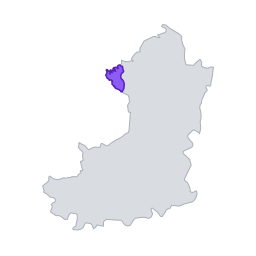 location of Forécariah within Guinea, rotated 95°
{"feature_id": "GIN-5637", "entity_name": "Forécariah", "entity_type": "Prefecture", "adm_level": 1, "iso_a3": "GIN", "parent_name": "Guinea", "parent_adm1": "", "projection": "mercator", "projection_center": [-13.121, 9.37], "detail": "fine", "context": "in_parent", "style": "filled", "palette": "violet", "viewbox_px": 256, "rotation_deg": 95, "n_neighbors": 0, "source": "natural_earth", "source_scale": "10m", "svg_char_len": 5287}
<svg xmlns="http://www.w3.org/2000/svg" viewBox="0 0 256 256"><g transform="rotate(95 128 128)"><path d="M159.2,170.9L157.0,170.6L156.0,171.0L153.0,174.5L151.3,175.8L148.5,175.4L147.6,175.7L146.8,175.3L147.8,173.4L149.2,169.6L152.8,165.8L152.9,165.0L151.4,162.8L149.9,159.8L149.9,156.5L149.6,154.2L146.4,153.5L145.8,153.1L145.7,152.3L147.5,148.3L147.7,147.5L147.5,146.7L145.5,144.7L142.4,140.8L137.2,133.0L135.2,131.3L133.3,128.9L132.6,127.4L130.7,126.8L112.3,126.9L112.0,129.0L105.7,130.4L101.8,128.8L97.4,129.7L95.3,130.8L93.7,135.3L92.8,136.3L91.8,138.4L91.0,139.5L90.0,141.8L88.0,145.0L85.8,147.1L82.2,148.2L81.0,151.6L80.2,152.9L78.7,153.9L77.2,154.5L74.2,153.9L72.5,154.5L72.3,153.6L73.2,150.9L72.4,149.5L69.6,146.7L69.3,145.4L68.4,143.7L64.6,140.1L61.1,140.3L62.0,137.3L62.0,133.3L60.8,131.1L61.1,128.8L60.4,129.0L59.3,130.5L57.4,130.0L53.5,127.6L51.5,125.3L51.3,123.4L50.9,122.6L49.7,123.0L47.3,123.0L39.9,119.5L34.6,110.6L34.5,108.6L35.3,105.2L35.1,104.3L32.7,106.6L32.2,105.0L30.4,101.5L29.8,99.4L28.1,98.5L26.6,98.4L25.6,99.1L24.1,103.2L23.0,103.2L21.9,102.3L22.1,99.2L25.0,95.3L29.7,85.5L31.4,83.3L32.5,82.5L34.8,82.4L39.1,81.1L44.5,78.1L48.7,78.3L53.5,77.9L59.9,75.8L59.9,69.2L59.7,67.8L57.5,66.5L56.2,65.3L55.0,63.9L53.6,62.8L53.7,61.7L56.5,60.3L59.1,60.3L59.9,59.8L60.6,58.9L61.3,56.5L61.6,54.0L59.9,50.6L60.0,48.2L69.3,48.5L74.4,49.2L78.6,49.4L79.2,49.9L78.7,52.3L79.2,53.6L80.6,54.0L83.0,52.4L84.2,52.7L86.8,54.8L89.2,55.3L91.9,56.4L94.4,57.0L96.6,56.9L98.3,58.0L101.4,58.4L105.4,57.0L108.5,56.3L113.0,56.2L115.3,56.7L122.0,55.5L127.3,56.2L126.5,56.9L124.1,62.2L124.4,63.1L129.8,67.6L131.0,67.9L132.5,67.3L134.8,65.3L136.6,63.0L138.4,62.0L140.5,62.0L142.1,63.6L145.9,70.2L146.9,71.0L147.8,71.0L149.5,69.8L150.4,68.3L153.9,64.0L159.4,61.8L172.5,66.8L174.4,67.2L175.5,66.8L177.2,63.9L182.1,61.3L184.5,60.6L185.8,60.5L186.3,59.7L186.6,58.5L186.3,57.3L184.8,55.0L184.7,54.4L185.6,53.9L187.5,53.6L189.9,53.8L192.7,54.8L194.9,56.2L196.2,57.9L198.6,64.9L201.4,70.3L201.2,77.7L202.5,78.4L203.8,78.7L204.4,79.3L205.8,82.3L207.0,83.2L208.5,83.4L211.4,85.3L213.2,86.1L213.4,86.7L213.4,87.5L212.7,88.5L209.9,90.5L208.6,92.3L205.8,96.4L205.7,97.2L206.3,97.7L207.5,97.8L208.7,97.5L211.2,96.0L213.3,96.6L215.2,97.7L215.9,98.9L216.1,100.5L215.6,102.5L215.6,104.8L216.2,108.7L217.2,112.5L218.2,113.9L224.7,117.3L225.3,118.6L225.6,120.0L225.2,122.0L224.5,123.1L221.0,126.1L220.4,127.5L220.7,130.2L221.0,141.5L222.4,143.4L224.0,144.3L227.9,143.8L227.8,146.9L227.3,150.4L229.5,151.5L230.7,152.6L231.3,153.6L227.7,155.4L226.7,156.5L226.2,159.4L226.3,162.1L231.1,164.1L233.0,166.3L233.8,168.7L234.1,173.1L233.7,174.1L232.4,174.1L230.0,171.4L226.3,171.1L223.5,170.6L218.9,171.0L218.1,171.8L217.5,177.6L218.7,178.6L220.9,179.7L222.3,180.2L223.5,180.1L224.4,180.8L224.6,182.7L224.0,184.2L222.8,185.5L221.3,188.9L221.6,192.0L219.0,196.9L218.2,197.9L214.8,196.9L212.5,196.6L210.9,197.9L208.7,195.9L208.2,194.4L207.4,194.1L205.9,194.1L204.5,194.9L203.9,196.5L203.6,199.7L201.1,202.7L199.3,206.4L197.2,206.1L196.8,206.5L194.6,207.5L192.7,207.8L192.2,206.8L191.1,206.0L189.9,204.4L188.5,203.1L185.9,202.2L184.8,202.6L183.6,202.5L182.8,202.0L182.9,201.2L184.3,199.3L185.1,197.5L185.5,195.5L185.5,193.6L184.8,191.0L183.6,188.9L183.3,187.7L183.4,186.0L183.1,184.3L182.7,183.5L182.2,180.5L181.5,179.9L181.1,177.5L181.2,175.0L180.2,174.0L178.6,173.3L177.6,172.3L177.0,171.2L176.4,170.9L175.9,171.0L175.5,171.7L174.9,171.8L174.0,169.5L173.6,169.4L173.0,169.9L165.5,172.5L164.5,170.3L163.1,169.9L160.6,170.8L159.2,170.9Z" fill="#d9dde1" stroke="#a8b0b8" stroke-width="1"/><path d="M92.4,136.9L92.4,138.1L92.3,138.4L92.1,138.4L91.8,138.4L91.5,138.5L91.4,138.7L91.1,139.7L91.0,139.8L90.9,139.9L90.7,140.0L90.5,140.3L90.5,140.5L89.6,143.7L89.4,143.8L89.2,144.0L89.1,144.3L88.9,144.5L88.8,144.4L88.7,144.3L88.0,144.6L87.9,144.7L87.6,145.1L87.7,145.3L87.8,145.6L87.8,145.8L87.4,145.9L86.9,146.1L86.2,147.3L85.7,147.7L85.1,147.8L84.5,147.8L84.0,147.8L83.3,148.1L82.8,147.5L82.2,148.0L81.7,148.9L81.6,149.7L81.7,150.0L82.1,150.5L82.0,150.8L81.6,150.8L81.4,150.9L81.1,151.3L80.9,151.7L80.5,152.6L80.1,153.1L79.6,153.4L78.5,154.0L77.6,154.6L77.2,154.7L76.5,154.5L75.4,153.8L75.0,153.7L74.2,153.8L73.0,154.2L72.3,154.7L72.0,154.5L71.7,154.3L71.6,153.9L71.7,153.5L71.8,153.5L72.2,153.5L72.3,153.4L72.3,153.2L73.1,152.3L73.6,151.4L74.0,151.0L74.5,150.7L75.0,150.7L75.9,150.9L76.4,150.7L74.7,150.6L73.8,150.5L73.5,150.2L73.8,149.8L73.9,149.7L73.9,149.3L74.1,148.7L74.3,148.1L73.6,148.8L73.3,149.5L73.2,150.3L72.9,151.1L72.2,150.8L71.9,150.6L71.7,150.3L71.9,150.1L72.0,149.9L71.9,149.1L72.0,149.0L72.1,148.8L72.1,148.6L71.8,148.4L71.7,148.3L71.6,147.7L71.6,146.8L71.8,146.3L72.3,146.7L72.2,146.1L72.2,145.8L72.3,145.5L72.1,145.5L71.9,145.7L71.7,145.8L71.4,145.9L71.0,145.9L70.8,146.0L70.7,146.3L70.4,147.7L70.2,148.0L69.5,147.6L69.2,147.5L69.1,147.4L69.3,146.9L69.0,146.7L68.8,146.2L68.6,145.6L68.5,145.1L68.7,144.5L69.4,143.7L69.5,143.1L69.3,143.1L68.6,143.6L67.6,143.7L66.6,143.4L66.2,142.8L66.0,141.9L66.0,141.5L66.3,141.0L66.6,140.7L66.8,140.3L66.9,139.9L67.0,139.3L67.8,138.6L68.8,138.5L70.3,138.0L71.8,137.3L73.0,137.8L74.1,139.0L75.0,139.5L77.2,139.7L78.4,139.5L79.6,138.9L80.3,137.8L81.4,136.9L83.1,136.0L84.8,135.5L89.3,135.6L90.9,136.4L92.4,136.9Z" fill="#8b5cf6" stroke="#5b21b6" stroke-width="1.5"/></g></svg>